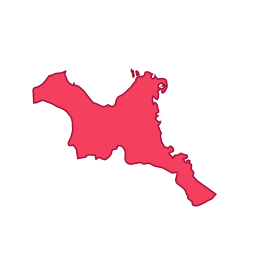 the border of Mie, rotated 284°
{"feature_id": "JPN-1843", "entity_name": "Mie", "entity_type": "Prefecture", "adm_level": 1, "iso_a3": "JPN", "parent_name": "Japan", "parent_adm1": "", "projection": "robinson", "projection_center": [136.438, 34.459], "detail": "fine", "context": "isolated", "style": "filled", "palette": "rose", "viewbox_px": 256, "rotation_deg": 284, "n_neighbors": 0, "source": "natural_earth", "source_scale": "10m", "svg_char_len": 3769}
<svg xmlns="http://www.w3.org/2000/svg" viewBox="0 0 256 256"><g transform="rotate(284 128 128)"><path d="M168.0,53.6L167.3,53.9L165.2,53.4L160.3,56.9L157.9,59.1L156.9,61.1L156.8,61.9L156.2,63.1L156.1,63.8L156.3,64.5L158.2,64.8L156.4,66.2L156.7,68.6L155.7,71.5L153.2,76.2L147.6,83.2L144.3,87.7L143.5,93.6L142.9,96.1L142.7,98.9L142.9,99.5L144.1,101.6L144.5,102.0L145.6,102.7L145.5,104.2L145.0,106.0L144.9,107.4L146.1,109.2L148.0,109.9L152.8,110.0L155.1,110.6L156.8,112.1L158.3,113.9L159.9,115.5L168.1,120.8L173.8,123.2L175.0,124.4L176.1,124.0L177.6,124.0L179.1,124.5L180.2,125.3L180.9,126.9L181.1,128.2L181.4,129.5L182.5,130.8L183.9,131.3L185.1,131.2L186.1,131.2L187.0,132.6L187.2,134.0L186.2,138.8L184.8,138.2L183.6,138.0L182.5,138.5L181.6,139.7L182.1,140.6L182.9,141.3L184.0,141.7L185.4,141.6L183.7,143.2L183.1,144.1L182.5,145.1L183.4,146.5L184.1,148.7L184.4,151.1L183.9,153.2L182.8,154.0L179.0,155.5L177.3,155.9L175.4,155.7L172.8,155.0L170.7,153.8L170.5,152.4L172.1,151.8L174.4,152.2L176.6,153.2L178.0,154.1L177.7,153.3L177.6,152.1L177.3,151.4L178.7,152.4L179.6,149.6L178.5,147.8L176.4,147.2L174.2,147.8L174.5,148.7L174.5,149.1L174.3,149.5L174.2,150.5L170.5,147.8L168.6,149.3L165.3,150.0L162.7,149.5L163.3,147.4L165.0,144.7L163.2,144.3L159.8,145.4L157.0,147.0L159.0,147.6L158.8,149.1L157.5,150.7L154.0,152.2L152.4,153.5L150.7,153.7L148.7,151.4L148.0,152.2L147.5,152.5L147.3,153.0L147.2,154.1L144.1,152.5L143.1,152.4L142.5,153.9L141.9,155.1L141.2,155.9L142.2,158.0L140.9,158.1L137.4,156.8L132.6,160.1L131.4,161.4L127.9,161.4L122.6,164.0L118.5,167.9L118.3,171.7L119.5,172.7L120.4,173.2L120.7,173.9L120.1,175.7L119.5,176.4L118.7,176.9L117.7,177.4L116.8,177.5L115.7,176.9L114.3,174.4L113.4,173.9L112.7,174.6L111.0,177.4L109.7,178.3L109.7,179.3L111.3,179.3L112.5,179.8L113.2,180.8L113.4,182.5L115.4,184.5L116.4,185.9L116.1,186.6L115.8,187.3L115.9,190.8L115.7,191.9L114.1,192.7L112.8,191.9L111.9,190.5L111.2,189.1L109.7,190.7L108.2,191.9L108.2,192.7L110.7,193.2L111.5,194.9L110.8,196.3L108.9,195.4L108.3,197.8L107.5,198.6L103.8,199.2L103.3,199.5L102.4,200.5L101.3,202.1L100.7,202.5L99.5,202.7L97.2,202.4L93.3,208.2L87.5,223.1L85.0,229.3L82.1,227.7L80.3,227.0L78.9,225.7L77.9,224.4L76.9,222.9L75.0,221.3L70.7,216.1L69.4,214.1L68.9,212.1L68.8,211.1L69.0,209.4L72.0,207.8L72.9,206.2L73.8,203.6L74.8,202.8L76.4,202.8L77.0,202.2L77.5,201.2L81.0,198.9L82.9,196.4L84.0,194.3L84.7,192.1L86.1,189.1L87.6,187.5L89.6,186.8L95.3,186.9L96.4,186.7L96.8,185.8L95.7,183.5L95.1,181.6L97.7,171.6L97.8,170.0L97.5,163.3L98.7,158.2L98.8,156.5L98.1,154.7L97.2,152.9L96.8,151.0L97.4,149.9L97.6,148.7L94.8,142.1L93.9,140.5L93.4,138.7L93.6,136.5L94.6,134.5L96.3,133.1L98.3,132.4L103.0,131.6L105.2,130.6L108.0,128.0L108.8,126.2L108.9,124.4L108.6,123.2L108.0,122.4L105.6,122.1L104.6,121.4L103.5,118.9L102.6,118.1L101.4,117.9L99.9,118.0L98.3,117.8L96.4,117.0L94.1,115.7L92.4,114.3L91.6,112.8L91.7,110.9L92.3,108.7L92.2,107.0L91.7,106.0L90.3,105.0L90.0,104.6L90.2,104.1L92.8,103.3L93.7,102.1L92.9,99.3L92.7,97.4L92.3,96.0L91.9,95.2L91.3,94.8L89.8,94.3L86.2,86.7L94.8,83.1L96.9,80.7L98.2,78.9L96.8,76.1L97.0,74.7L98.2,73.9L99.5,73.7L105.6,75.0L112.2,74.9L119.9,72.8L123.3,71.1L125.5,69.3L126.3,68.0L127.6,66.6L128.7,65.2L129.6,63.6L130.4,61.3L130.9,59.3L131.6,54.1L133.1,48.9L134.3,39.7L134.2,38.5L133.5,37.2L130.4,33.0L129.5,30.5L142.2,26.7L143.6,27.0L144.7,27.9L145.9,30.3L146.9,31.6L149.8,34.2L153.4,36.3L159.5,38.8L160.6,41.1L162.2,43.0L163.5,45.0L165.0,49.3L166.3,51.5L168.0,53.6ZM183.2,118.5L183.9,117.5L185.4,117.3L184.6,118.4L184.7,119.3L183.1,119.6L181.5,120.8L179.5,121.3L178.7,120.6L180.6,119.8L183.2,118.5ZM183.4,123.0L184.2,122.1L185.3,122.3L185.1,123.4L184.6,124.4L183.4,125.2L182.5,125.8L181.9,124.8L181.3,123.7L183.4,123.0Z" fill="#f43f5e" stroke="#9f1239" stroke-width="1.5"/></g></svg>